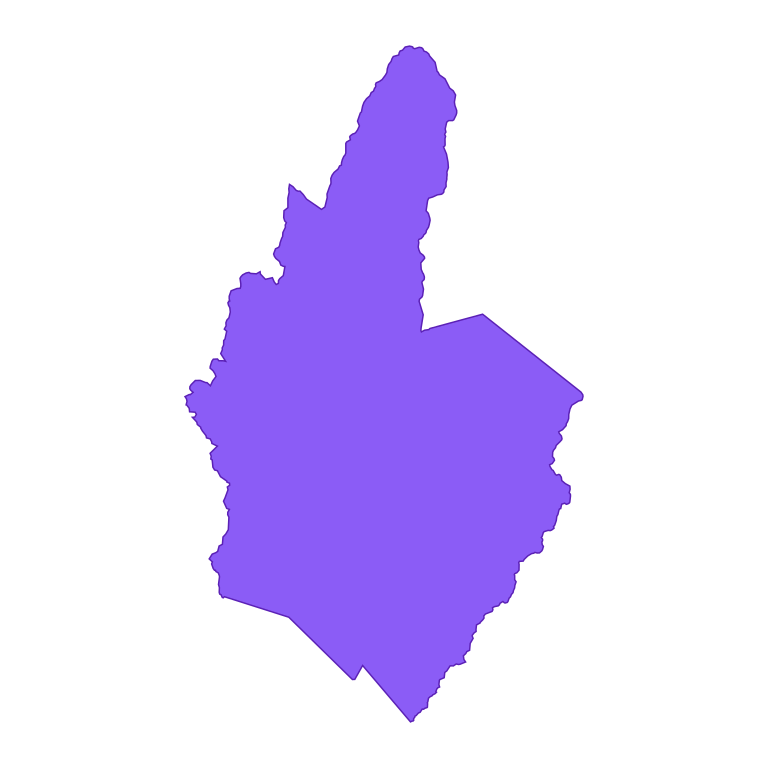 Santa María, Catamarca, Argentina (Natural Earth projection)
{"feature_id": "61730980B13734740101485", "entity_name": "Santa María", "entity_type": "district", "adm_level": 2, "iso_a3": "ARG", "parent_name": "Argentina", "parent_adm1": "Catamarca", "projection": "natural_earth1", "projection_center": [-66.174, -26.722], "detail": "fine", "context": "isolated", "style": "filled", "palette": "violet", "viewbox_px": 768, "rotation_deg": 0, "n_neighbors": 0, "source": "geoboundaries", "source_scale": "gbopen_adm2", "svg_char_len": 6089}
<svg xmlns="http://www.w3.org/2000/svg" viewBox="0 0 768 768"><path d="M454.4,102.0L455.6,95.0L453.3,90.9L449.7,88.1L445.0,78.8L439.5,74.9L438.1,72.2L437.1,71.3L435.1,62.3L429.7,56.1L428.7,53.9L426.5,52.0L424.0,51.1L422.8,48.7L421.6,47.7L419.2,47.3L414.7,48.7L413.2,48.1L412.7,47.0L411.8,46.6L409.5,46.1L405.2,47.0L402.5,50.2L400.1,51.0L399.2,52.7L398.7,55.0L393.3,56.5L392.0,58.7L391.1,61.4L388.7,64.5L387.3,68.8L386.9,72.5L385.5,75.0L382.1,79.6L379.3,81.5L376.2,82.8L375.5,84.4L375.8,86.2L375.2,87.7L374.6,88.1L373.5,91.1L371.2,92.6L369.8,95.9L366.6,98.6L364.0,102.3L362.6,106.1L361.4,112.0L360.3,113.0L357.5,121.1L359.4,125.9L357.5,130.0L355.6,132.7L354.4,133.5L352.7,134.0L350.3,135.8L349.7,136.9L350.4,139.8L346.6,142.0L345.8,143.4L345.8,153.0L345.1,154.9L343.8,156.4L342.4,159.5L341.5,162.8L341.4,165.1L339.6,165.9L338.1,169.0L334.1,172.4L332.1,175.2L330.8,178.5L331.0,182.5L330.8,184.1L329.9,185.7L327.0,194.0L327.2,197.6L324.9,207.0L321.5,209.4L306.5,199.1L303.3,194.6L300.0,191.1L298.2,191.2L296.2,190.4L293.0,186.7L289.5,184.4L288.8,188.8L289.1,192.5L287.9,198.1L287.9,207.7L284.0,210.7L283.7,217.6L284.7,220.9L286.4,222.7L285.2,225.0L285.4,227.3L282.9,232.5L282.6,236.6L281.7,238.2L280.1,242.8L279.6,245.6L278.7,247.3L275.5,248.8L273.6,254.0L274.4,256.3L275.9,258.5L279.5,261.5L280.8,265.1L283.5,266.4L284.9,266.5L283.3,275.6L279.8,278.6L278.5,280.5L278.4,283.4L276.2,284.5L274.2,281.9L272.4,277.7L265.4,279.3L260.4,274.0L260.1,271.7L256.4,273.8L250.5,273.4L249.0,272.4L246.1,273.0L242.7,274.8L241.0,276.6L240.0,278.3L240.8,283.8L240.8,286.4L240.2,288.3L237.0,288.5L231.1,290.8L229.2,296.2L229.2,298.9L229.7,301.0L228.6,301.3L228.7,301.8L227.9,302.8L228.5,305.2L229.8,307.7L230.3,312.0L229.0,317.7L226.8,320.2L225.9,322.8L226.1,325.8L224.3,329.1L226.7,331.2L225.0,339.0L223.7,340.6L223.6,345.1L222.2,347.9L222.3,349.9L220.7,353.6L225.6,361.3L223.4,360.8L218.8,360.7L217.5,359.0L213.3,359.2L211.9,361.2L210.2,366.5L210.1,368.2L213.0,370.7L214.9,373.7L216.0,376.5L212.7,380.9L210.4,385.8L207.0,382.6L205.7,382.6L200.2,380.4L195.3,380.5L191.1,384.7L189.9,386.7L189.8,388.8L190.7,390.2L193.1,392.3L190.2,394.7L189.3,394.5L185.0,396.6L186.5,398.9L187.0,401.4L186.1,404.9L186.8,405.1L189.2,408.3L189.6,411.8L195.1,412.2L196.4,414.3L194.8,417.1L192.4,417.3L196.8,422.1L197.3,424.5L200.7,427.2L200.8,428.3L202.4,431.0L206.0,435.6L206.5,437.9L210.2,438.9L211.6,441.7L211.9,443.5L217.4,446.1L210.1,453.3L211.2,456.2L210.8,459.0L212.2,460.0L212.9,467.2L214.6,470.0L217.4,470.7L220.5,476.7L226.8,481.1L226.9,482.1L229.5,483.2L229.7,485.2L227.3,487.0L228.0,489.8L225.1,497.7L223.5,501.2L226.7,508.4L229.4,509.4L227.8,512.2L227.7,514.7L228.9,517.2L228.3,529.7L225.8,534.0L223.0,537.0L222.4,544.3L219.1,546.0L217.7,551.4L215.8,552.7L212.2,554.1L209.2,558.9L212.4,561.9L211.6,563.9L213.2,568.5L214.5,570.3L215.5,570.3L215.9,571.5L218.3,572.9L219.3,575.6L219.5,576.8L218.5,584.5L219.4,587.6L219.2,592.3L219.7,594.1L221.0,594.7L222.3,597.5L223.3,597.8L224.4,596.7L288.8,617.2L352.4,679.5L354.8,679.4L362.6,665.5L410.5,721.9L412.1,721.1L413.1,721.0L413.8,720.1L413.5,719.3L413.7,718.5L414.7,717.4L414.9,716.2L416.2,715.5L418.4,713.0L420.1,712.3L422.2,709.1L423.7,709.2L424.8,708.3L427.0,707.6L427.4,707.2L427.6,703.7L427.3,702.7L427.8,701.9L428.5,698.2L429.9,696.9L432.2,695.7L432.7,694.9L435.2,693.6L436.5,692.2L435.8,691.7L436.8,689.0L437.8,687.8L439.6,687.0L438.9,684.4L439.4,680.2L439.8,679.6L444.2,677.7L444.8,672.4L446.8,670.9L449.8,666.3L450.2,665.8L453.4,665.9L456.2,664.0L458.6,664.5L460.2,664.2L465.6,662.0L463.9,659.5L463.4,655.8L465.8,653.5L466.8,651.6L469.6,650.3L470.2,643.4L473.1,638.4L472.2,636.0L472.3,635.2L474.3,632.7L476.1,631.5L476.0,629.5L476.5,624.9L480.1,623.0L480.2,622.4L482.8,619.8L484.0,618.1L483.8,615.9L485.4,614.0L492.1,611.4L492.9,609.8L492.5,607.7L493.0,607.4L494.6,606.6L498.2,605.9L499.4,604.8L500.0,603.3L502.9,601.5L504.4,602.8L505.2,603.0L507.3,602.4L508.0,601.4L509.1,598.2L510.5,596.8L511.4,594.5L513.0,592.7L513.5,590.4L514.6,588.0L514.9,585.3L516.1,581.8L514.7,579.7L514.7,575.6L514.3,574.8L514.7,573.7L516.9,572.7L519.0,570.2L519.1,564.3L518.7,562.7L519.4,561.4L523.2,561.1L524.2,559.4L527.8,555.9L531.6,553.6L533.8,553.2L534.9,552.4L537.1,553.0L539.5,552.9L541.7,551.0L542.5,549.6L543.4,546.4L542.2,544.6L542.0,542.9L541.9,542.0L542.6,540.7L542.6,539.2L541.3,537.5L542.2,536.3L543.3,532.6L544.2,531.6L548.1,530.4L550.3,530.6L551.7,530.0L554.0,528.3L553.5,526.4L554.5,525.6L555.0,524.3L556.3,520.5L556.8,516.4L557.9,514.5L558.9,510.3L559.5,508.9L560.7,508.6L561.7,504.2L564.7,503.2L566.3,504.3L567.8,503.9L569.4,502.9L569.8,502.1L570.5,496.0L570.4,494.3L569.2,492.8L570.1,489.3L569.9,486.1L565.3,483.6L561.8,480.6L561.3,477.2L559.8,474.8L558.8,474.4L556.6,475.2L555.4,474.4L553.2,470.5L551.9,469.7L549.9,466.3L549.6,464.7L552.2,463.6L554.5,460.3L554.0,458.5L552.5,456.6L552.7,452.2L553.5,450.3L555.5,447.8L556.2,445.4L559.8,441.9L561.7,439.8L562.0,438.7L561.4,436.0L559.2,433.3L558.7,431.8L562.5,429.7L566.1,425.7L566.3,423.7L567.5,421.8L568.7,418.6L568.8,414.3L570.0,409.0L571.8,405.2L578.5,401.0L581.3,400.4L582.2,399.7L583.0,396.4L582.8,394.8L581.0,392.1L482.6,314.2L429.9,328.5L428.8,329.6L424.6,330.2L421.4,331.9L420.9,330.6L421.1,327.9L423.2,314.8L419.1,301.3L419.5,299.2L421.9,297.1L422.6,295.6L423.5,289.1L421.9,282.6L422.3,281.3L424.1,279.6L424.4,277.8L424.3,276.5L423.4,273.9L422.7,272.9L421.2,269.3L420.8,262.9L424.6,258.4L424.5,257.1L423.3,255.3L420.2,252.9L418.9,249.9L418.2,247.0L418.8,242.6L418.4,240.7L418.9,239.4L421.2,238.5L423.1,236.4L423.9,234.7L425.5,233.4L426.1,232.3L426.4,230.5L428.5,227.2L429.2,224.7L430.1,220.3L429.8,218.2L428.3,213.3L426.1,210.8L427.6,200.6L428.7,198.2L432.7,197.0L437.5,194.8L441.2,194.3L442.6,193.6L443.8,192.1L444.0,189.9L446.1,186.6L446.0,182.9L446.9,178.9L446.7,178.5L447.1,174.7L446.9,172.0L448.4,167.6L448.0,162.2L446.5,154.1L443.5,146.9L444.8,145.9L445.1,145.0L445.0,138.6L445.6,136.3L444.7,134.6L445.1,133.3L445.9,132.1L445.2,129.0L446.7,122.2L448.6,120.6L452.6,120.6L453.8,119.8L456.1,115.0L456.7,113.0L456.7,110.5L454.9,105.4L454.4,102.0Z" fill="#8b5cf6" stroke="#5b21b6" stroke-width="1.5"/></svg>